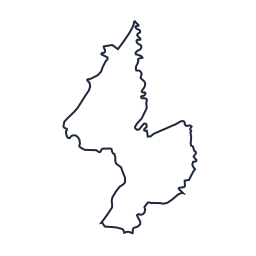 Pando, Canelones, Uruguay, rotated 352°
{"feature_id": "84410073B3129113216755", "entity_name": "Pando", "entity_type": "district", "adm_level": 2, "iso_a3": "URY", "parent_name": "Uruguay", "parent_adm1": "Canelones", "projection": "albers", "projection_center": [-55.95, -34.701], "detail": "fine", "context": "isolated", "style": "outline", "palette": "slate", "viewbox_px": 256, "rotation_deg": 352, "n_neighbors": 0, "source": "geoboundaries", "source_scale": "gbopen_adm2", "svg_char_len": 3595}
<svg xmlns="http://www.w3.org/2000/svg" viewBox="0 0 256 256"><g transform="rotate(352 128 128)"><path d="M109.6,231.2L110.6,231.0L111.8,230.7L114.3,230.9L116.3,231.9L117.5,232.8L118.1,232.4L118.3,231.0L118.7,229.2L119.4,228.0L121.0,227.5L124.2,226.9L126.6,225.0L127.1,223.1L126.5,220.8L125.3,217.8L124.8,215.5L126.6,214.7L128.4,215.7L130.6,215.5L132.4,214.2L133.6,211.4L133.3,208.4L137.2,204.6L139.0,204.8L141.2,205.8L143.1,205.7L144.9,206.2L149.2,206.8L152.6,207.9L156.5,207.6L161.8,205.0L168.4,200.8L172.1,199.7L173.5,200.2L170.2,196.1L169.8,194.9L170.2,194.5L171.3,194.4L175.2,194.3L176.3,193.5L176.8,188.0L181.3,187.9L183.7,184.2L187.1,179.6L188.7,178.2L188.2,177.4L187.5,176.3L186.9,174.7L186.6,173.1L187.3,171.6L187.8,170.5L188.9,170.7L190.8,170.4L191.4,169.3L189.9,167.2L189.0,165.5L190.0,164.3L191.7,162.7L191.7,161.1L190.4,159.6L190.0,157.1L189.6,155.2L188.1,154.2L187.9,152.1L189.2,146.5L189.3,140.9L190.2,139.7L189.5,138.7L189.6,137.3L191.2,135.4L189.9,134.1L186.0,134.1L185.1,133.0L184.7,132.1L184.9,130.8L184.5,129.5L183.2,128.7L180.9,128.8L176.4,130.7L156.7,136.2L152.5,137.4L149.3,139.4L146.4,139.3L146.3,133.2L144.5,133.2L143.7,132.7L143.8,131.6L144.8,130.6L146.3,129.8L146.8,128.9L146.6,127.6L146.7,126.7L145.5,126.0L144.4,125.9L139.0,130.8L137.4,131.2L136.2,130.5L135.2,129.5L135.0,127.9L137.3,125.1L142.9,120.4L148.9,111.6L149.5,109.7L149.5,105.7L150.1,104.3L150.5,103.5L150.6,102.3L149.8,101.3L147.8,100.7L146.1,100.6L145.4,99.8L145.3,98.7L146.6,98.2L147.8,98.3L149.2,97.6L150.2,96.2L149.9,95.5L149.2,94.9L147.9,95.0L147.2,94.7L146.7,94.0L146.8,93.2L147.5,92.3L149.1,90.8L150.5,89.0L151.3,86.4L150.7,84.2L148.9,82.1L147.5,80.2L148.3,77.9L149.1,76.4L148.5,74.3L147.5,72.9L146.1,72.5L144.2,72.2L144.0,70.2L144.6,68.1L146.5,65.3L147.5,63.5L147.5,61.3L148.9,60.6L151.0,60.6L152.1,60.4L151.6,59.2L150.3,58.1L148.1,57.0L146.0,56.1L146.0,54.5L148.2,52.7L149.5,52.5L150.9,51.9L151.2,51.6L152.4,50.3L152.5,48.2L150.2,46.3L148.8,44.9L148.6,43.8L148.7,42.5L149.6,41.9L150.6,42.2L151.6,42.3L152.6,42.1L152.6,41.2L151.8,40.1L151.1,39.5L150.5,38.2L150.0,37.4L150.3,36.5L151.3,35.7L152.5,35.4L153.3,34.8L153.5,33.5L152.9,32.5L151.3,31.6L150.5,31.0L149.8,30.2L149.5,29.3L149.6,28.5L150.2,28.2L151.2,28.2L152.3,28.3L152.6,28.2L152.7,27.4L152.2,26.7L151.5,25.9L150.8,25.1L150.2,24.1L149.6,23.2L148.8,23.6L148.2,25.8L146.8,28.5L142.5,34.2L136.2,41.2L129.0,48.5L124.7,44.3L123.8,43.6L116.1,43.8L115.3,43.9L115.3,45.4L116.0,47.1L115.9,49.2L115.4,49.9L113.9,50.1L112.9,50.1L112.0,50.8L112.0,51.5L113.3,52.2L114.4,53.1L115.5,53.8L116.4,54.5L117.5,55.3L117.5,56.2L116.9,57.5L115.5,58.4L111.7,63.7L109.1,68.5L105.4,71.5L101.1,73.0L98.0,74.0L96.4,74.3L95.2,74.1L94.3,74.6L94.5,75.5L95.3,76.6L96.1,77.6L96.4,81.4L94.5,85.4L90.2,90.1L81.1,100.9L77.2,104.3L69.5,109.9L65.8,112.9L64.6,116.5L64.4,117.2L64.3,117.8L64.9,118.8L67.4,120.6L67.1,121.7L66.0,122.8L66.0,125.7L66.3,127.3L66.5,128.5L67.1,129.2L68.3,129.9L69.3,129.5L70.5,128.3L71.4,127.8L73.8,127.7L75.4,128.3L77.3,130.5L78.3,133.1L78.2,135.0L78.3,136.7L77.7,137.9L77.2,139.0L77.6,139.9L79.2,141.6L82.4,143.7L87.9,144.6L93.2,145.5L94.7,146.6L95.6,147.6L96.8,148.0L97.7,147.4L98.9,145.4L100.6,144.9L104.9,145.6L107.1,145.7L108.7,146.4L109.0,149.3L109.7,151.1L111.0,151.9L111.0,153.1L111.2,153.8L111.4,155.2L110.8,158.8L111.3,161.6L115.7,166.0L115.9,167.2L116.8,171.4L118.1,176.8L117.5,181.4L115.4,183.2L111.5,185.0L107.1,189.3L103.0,194.4L101.7,197.7L101.6,202.0L101.1,204.5L95.3,211.1L88.4,218.1L89.3,218.0L89.7,219.2L91.4,222.4L98.0,223.8L102.5,224.8L108.1,227.1L109.3,228.5L109.6,231.2Z" fill="none" stroke="#1e293b" stroke-width="2"/></g></svg>